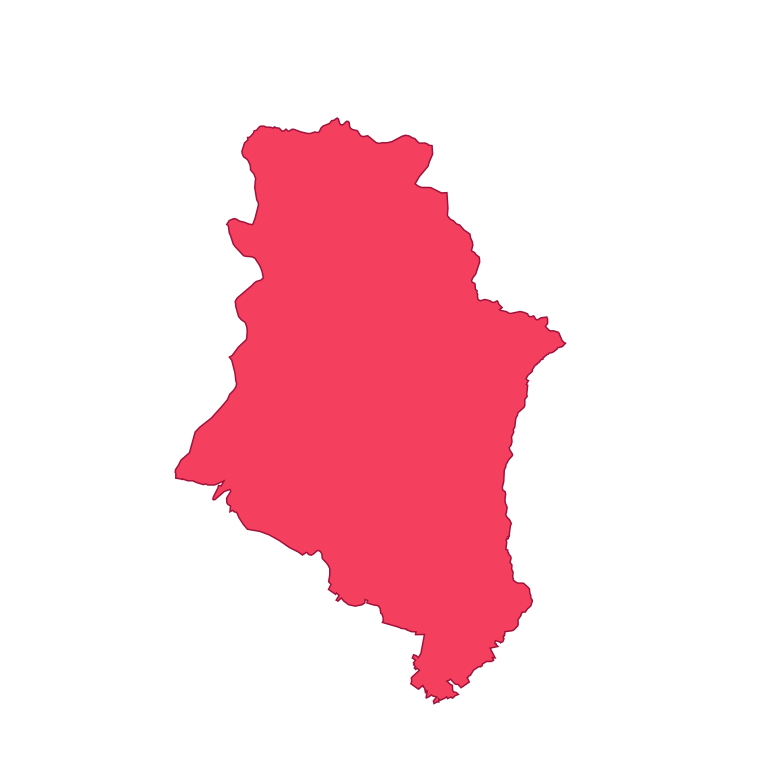 the district of Pucheni, Dâmbovita, Romania, rotated 312°
{"feature_id": "2599482B36978763272246", "entity_name": "Pucheni", "entity_type": "district", "adm_level": 2, "iso_a3": "ROU", "parent_name": "Romania", "parent_adm1": "Dâmbovita", "projection": "natural_earth1", "projection_center": [25.287, 45.196], "detail": "fine", "context": "isolated", "style": "filled", "palette": "rose", "viewbox_px": 768, "rotation_deg": 312, "n_neighbors": 0, "source": "geoboundaries", "source_scale": "gbopen_adm2", "svg_char_len": 6171}
<svg xmlns="http://www.w3.org/2000/svg" viewBox="0 0 768 768"><g transform="rotate(312 384 384)"><path d="M452.3,502.8L460.2,503.6L462.0,503.2L466.9,498.9L470.6,498.7L471.9,496.9L479.2,491.6L479.0,490.0L483.2,489.1L482.7,487.9L482.9,486.1L487.0,485.1L492.2,485.8L494.7,484.5L499.1,483.8L500.7,484.5L501.6,484.2L504.0,484.8L506.9,484.4L508.9,485.5L509.5,484.8L514.9,485.4L516.0,486.1L517.4,486.0L519.9,487.9L522.0,488.6L525.8,489.2L527.0,488.8L531.1,491.5L535.8,491.6L535.3,490.1L535.5,487.2L538.9,479.9L539.0,478.8L536.9,474.3L534.7,472.0L534.4,470.9L534.7,465.5L538.6,465.0L541.9,461.9L542.7,460.2L538.3,456.4L534.1,455.0L533.7,453.3L534.7,450.3L534.6,449.4L532.5,448.5L531.4,446.8L531.4,445.5L532.2,443.8L530.9,440.1L528.9,436.6L521.5,431.2L520.2,429.6L519.7,426.6L516.6,421.1L516.7,420.1L519.8,420.7L520.1,416.0L521.4,413.3L521.5,412.4L518.7,411.4L517.1,409.9L516.9,407.5L514.5,402.6L510.3,399.8L509.8,398.3L510.2,396.6L511.7,394.8L513.2,393.7L513.9,392.0L515.6,390.8L515.5,388.6L519.2,384.8L519.4,384.0L518.7,381.2L519.2,380.0L522.4,378.9L527.0,378.6L538.6,373.5L540.7,371.4L542.0,369.8L541.7,365.6L542.3,363.5L541.6,360.3L542.0,359.5L546.5,357.2L548.7,354.6L550.5,350.6L552.9,347.6L552.0,340.2L552.8,333.9L551.4,330.6L551.8,326.5L550.8,323.2L551.4,319.1L551.8,318.2L557.4,313.9L568.3,302.7L564.4,298.9L561.2,287.2L555.1,280.2L553.9,276.9L553.6,273.2L561.2,271.5L575.3,271.0L579.5,269.0L587.4,266.3L593.3,260.2L591.6,257.7L591.3,255.2L590.4,253.1L586.7,249.2L586.5,247.6L587.0,242.6L585.9,240.6L585.3,237.0L583.2,233.5L580.1,231.6L569.3,227.7L564.9,224.5L562.9,222.0L559.3,219.1L558.1,216.5L557.6,205.8L553.9,203.0L552.8,200.5L554.4,194.7L552.0,190.3L551.7,188.0L552.1,186.6L555.1,183.0L555.1,181.5L554.0,180.3L549.4,180.1L547.7,178.7L548.0,176.7L550.5,172.7L550.2,171.2L546.3,170.3L544.8,168.9L541.2,169.2L534.9,166.1L532.3,165.9L527.8,167.2L526.2,166.2L525.1,164.0L520.7,161.5L518.9,159.3L515.7,153.5L512.8,146.3L511.4,145.0L508.4,144.3L507.8,143.4L507.8,140.6L505.4,140.4L503.7,139.1L504.0,134.9L502.2,132.4L501.8,130.5L500.0,130.5L498.9,127.9L496.1,124.6L495.3,122.2L493.0,119.8L491.5,119.3L487.3,119.5L485.3,118.1L483.5,119.0L479.0,119.2L476.8,118.7L475.9,117.7L474.4,119.5L469.7,119.1L461.7,122.8L460.2,124.7L458.9,127.6L459.4,132.1L458.9,134.1L456.9,138.4L453.8,141.6L453.1,146.6L451.0,150.9L443.5,156.5L435.7,166.2L434.8,168.9L433.2,170.8L421.1,177.2L415.3,179.5L414.2,179.4L412.5,176.6L410.6,171.7L408.3,167.5L407.8,164.1L406.5,161.8L402.0,159.6L397.3,160.4L397.5,161.9L397.2,162.7L392.8,167.9L391.4,171.0L387.1,178.4L386.5,181.4L385.4,193.8L386.6,196.1L390.3,200.9L391.1,204.0L389.0,212.0L387.7,214.9L386.2,217.8L382.2,223.3L378.8,223.0L374.9,220.6L372.6,220.0L368.6,219.9L350.0,217.4L345.9,218.1L342.0,222.6L336.8,230.9L336.3,235.2L336.9,239.7L334.3,244.3L331.5,247.2L326.1,251.4L324.4,252.0L314.2,251.1L303.7,252.1L300.5,251.1L299.8,254.9L292.4,266.0L287.6,271.3L285.6,274.3L282.9,275.8L278.9,276.5L273.3,276.2L267.5,278.2L258.5,278.5L243.1,278.5L228.9,276.0L222.0,275.8L202.8,285.4L191.3,284.1L186.6,285.5L180.8,286.4L178.6,288.0L178.2,289.2L174.7,292.3L177.3,296.2L178.0,297.9L178.6,297.7L180.8,302.9L184.2,306.8L185.1,310.1L188.4,317.1L190.7,318.6L191.0,320.5L192.8,322.6L195.5,325.6L204.9,329.9L199.2,331.2L197.9,328.9L195.5,330.2L185.8,332.8L183.8,334.0L183.9,334.8L184.9,335.7L197.4,337.3L202.6,340.1L201.7,341.9L193.9,343.4L190.6,346.7L190.1,348.6L190.6,351.6L186.0,355.0L188.8,356.0L188.8,358.2L189.7,359.8L189.8,361.0L187.6,365.8L185.5,373.6L184.7,379.7L191.3,390.2L195.1,399.7L197.7,411.2L199.2,423.2L201.8,432.6L202.4,437.9L206.8,438.9L207.3,439.8L206.9,441.4L207.1,442.8L208.2,444.5L210.8,445.4L215.2,445.8L216.6,447.0L216.9,449.0L216.2,451.4L213.0,455.0L212.5,461.2L211.7,464.6L210.4,467.4L205.6,471.6L200.0,475.2L199.7,478.7L194.2,480.2L195.3,488.8L196.9,488.5L196.8,492.1L191.4,493.1L191.9,495.1L196.4,495.5L195.8,499.6L196.3,505.3L199.6,511.2L205.2,515.4L208.5,516.2L211.1,514.2L212.2,516.7L209.9,517.7L212.4,523.3L215.3,528.0L214.7,531.1L211.5,535.0L211.7,536.2L210.1,539.3L207.7,541.8L205.7,542.4L211.6,554.4L213.6,558.8L213.8,560.1L216.9,564.7L216.4,565.0L218.3,570.1L221.2,573.6L218.8,575.1L224.9,581.7L208.5,591.7L203.6,592.6L203.7,589.8L202.6,587.2L199.3,588.4L199.9,592.2L196.4,592.5L196.3,593.8L195.2,593.9L195.0,596.7L193.3,596.5L193.1,598.6L194.9,598.8L194.9,601.8L184.0,600.9L181.6,603.4L179.2,604.6L180.3,613.9L186.0,614.5L186.0,615.2L185.3,615.6L185.1,617.8L182.6,621.1L184.8,620.9L184.8,621.6L179.1,625.1L179.0,625.5L182.0,626.8L184.7,627.2L184.8,629.1L186.7,632.5L181.5,632.8L180.0,635.0L183.5,636.3L184.3,637.5L186.5,635.4L186.2,637.2L191.1,639.4L193.4,639.8L192.7,641.7L196.5,643.4L196.2,644.6L196.5,645.2L200.1,645.5L203.1,647.0L203.1,644.0L201.8,641.8L202.2,640.1L205.8,636.5L205.2,633.7L205.3,629.5L207.5,630.7L209.1,630.8L208.6,637.1L209.0,638.6L210.3,639.8L209.9,644.5L219.6,646.8L221.5,642.2L222.9,642.7L224.2,642.4L225.3,643.1L231.2,642.0L237.3,643.5L238.4,645.0L238.8,644.7L240.2,645.5L241.7,644.5L246.3,645.8L249.6,649.4L252.0,650.3L253.2,647.7L254.8,649.9L258.7,639.6L265.2,644.3L265.4,641.7L265.9,641.2L265.2,640.6L266.0,639.4L267.9,638.7L269.8,642.8L269.6,643.7L272.1,644.7L275.0,643.6L275.1,642.5L275.9,641.9L277.4,641.9L277.3,641.3L278.4,641.4L280.9,639.6L286.4,644.3L288.4,645.1L293.8,645.2L295.1,644.6L298.5,641.3L303.7,640.7L304.0,640.1L307.0,639.5L309.2,641.6L312.9,641.1L317.2,641.6L321.5,639.7L322.5,639.0L323.2,636.5L325.3,634.2L325.9,632.7L329.0,629.2L329.3,627.3L329.3,621.0L325.3,616.2L324.7,611.7L326.9,608.6L330.5,605.9L331.8,602.8L335.1,600.2L335.7,597.1L339.6,595.0L340.7,593.3L341.0,590.3L341.8,589.8L341.8,588.7L343.4,587.0L342.6,585.3L348.6,581.0L349.7,579.1L351.3,578.8L351.2,579.4L352.2,579.8L353.0,579.5L353.4,578.2L354.4,579.0L355.2,578.7L355.8,577.9L362.6,573.2L365.6,571.9L367.1,568.2L367.3,564.6L368.3,561.7L370.0,561.2L374.8,558.0L376.7,553.9L378.8,551.4L383.4,548.2L385.0,546.2L384.7,543.1L386.5,541.0L391.7,538.2L400.5,531.0L404.2,529.8L405.1,528.8L411.1,527.4L416.8,527.3L417.8,526.5L419.2,521.5L420.5,519.6L423.7,519.3L426.7,517.8L430.1,514.1L435.1,512.6L436.6,510.6L439.3,510.1L447.0,504.7L449.7,504.2L452.3,502.8Z" fill="#f43f5e" stroke="#9f1239" stroke-width="1.5"/></g></svg>